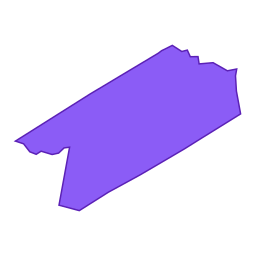 Sussex, Virginia, United States of America (Robinson projection)
{"feature_id": "52423323B89095979768241", "entity_name": "Sussex", "entity_type": "district", "adm_level": 2, "iso_a3": "USA", "parent_name": "United States of America", "parent_adm1": "Virginia", "projection": "robinson", "projection_center": [-77.249, 36.91], "detail": "fine", "context": "isolated", "style": "filled", "palette": "violet", "viewbox_px": 256, "rotation_deg": 0, "n_neighbors": 0, "source": "geoboundaries", "source_scale": "gbopen_adm2", "svg_char_len": 489}
<svg xmlns="http://www.w3.org/2000/svg" viewBox="0 0 256 256"><path d="M172.3,45.4L161.6,50.7L158.3,53.2L90.1,94.0L15.4,141.1L23.6,143.8L29.8,151.8L36.2,154.3L41.1,151.2L52.1,154.5L58.6,153.1L64.1,147.9L69.6,147.2L59.0,205.2L79.3,210.6L108.2,192.3L140.4,174.7L184.4,148.9L201.3,138.3L240.6,113.9L238.2,100.8L236.4,91.1L235.5,75.9L236.7,69.0L227.4,70.8L213.1,62.7L199.1,63.9L198.0,56.6L190.3,56.7L187.3,50.1L181.8,51.5L172.3,45.4Z" fill="#8b5cf6" stroke="#5b21b6" stroke-width="1.5"/></svg>